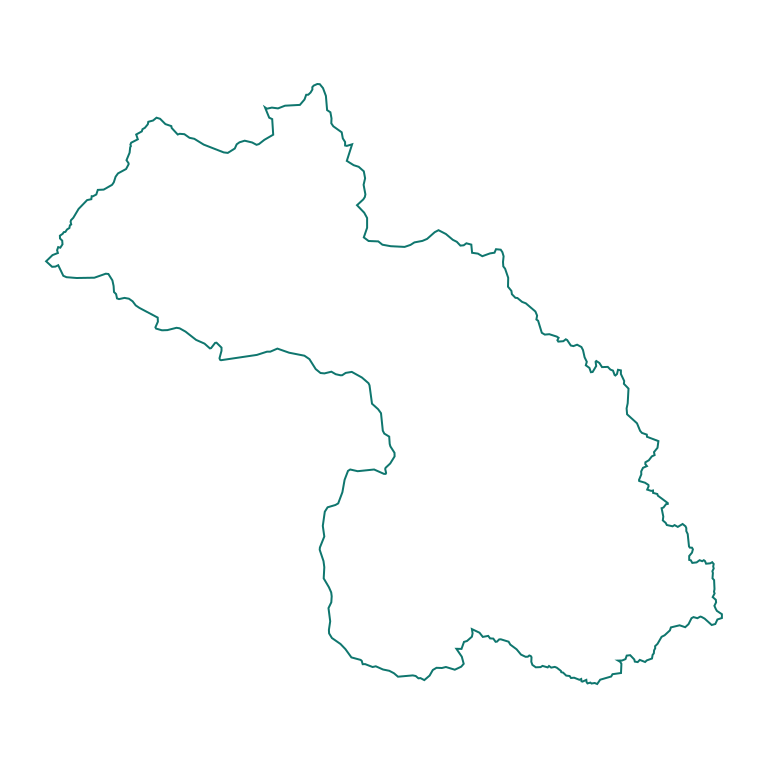 outline of Thuong Xuan, Thanh Hóa, Vietnam
{"feature_id": "81297802B72882386082996", "entity_name": "Thuong Xuan", "entity_type": "district", "adm_level": 2, "iso_a3": "VNM", "parent_name": "Vietnam", "parent_adm1": "Thanh Hóa", "projection": "natural_earth1", "projection_center": [105.249, 19.914], "detail": "fine", "context": "isolated", "style": "outline", "palette": "teal", "viewbox_px": 768, "rotation_deg": 0, "n_neighbors": 0, "source": "geoboundaries", "source_scale": "gbopen_adm2", "svg_char_len": 6082}
<svg xmlns="http://www.w3.org/2000/svg" viewBox="0 0 768 768"><path d="M153.1,120.5L148.3,121.8L147.8,124.3L144.9,127.8L142.5,129.2L141.8,131.4L136.2,134.5L137.8,139.3L131.2,142.7L130.4,144.6L130.9,146.1L130.2,147.2L129.6,152.7L126.5,160.2L128.6,163.3L128.6,164.3L126.1,169.0L118.0,173.4L115.6,176.7L113.8,182.3L112.1,184.8L103.7,189.6L97.8,189.9L96.3,194.5L92.9,196.3L91.7,196.2L91.3,199.2L87.1,200.1L78.6,208.9L73.3,217.8L71.0,220.2L70.6,221.8L71.2,224.5L69.9,225.3L69.4,228.0L67.0,229.5L65.4,231.9L63.7,232.2L62.7,233.8L59.9,235.7L60.0,238.5L62.2,240.6L62.5,244.3L60.3,247.7L58.2,247.1L57.1,250.2L57.9,253.0L52.5,255.1L46.1,261.3L52.1,266.8L55.4,266.6L58.2,265.2L63.3,275.8L66.5,277.2L76.6,278.0L94.4,277.7L105.8,273.7L108.4,274.0L112.4,280.4L113.6,286.0L114.0,292.0L116.1,294.1L117.0,298.4L119.0,299.1L124.5,297.9L128.9,298.7L132.6,301.3L135.7,305.4L139.4,307.9L157.7,317.6L157.9,321.7L155.4,327.3L156.1,328.6L162.0,330.3L167.4,330.1L176.5,327.8L179.6,328.3L185.5,331.6L196.1,339.9L204.5,343.6L209.9,348.4L211.1,348.1L215.1,342.9L216.5,342.7L221.5,347.6L221.5,350.8L219.5,358.2L220.0,359.7L221.0,360.2L256.9,354.9L266.9,351.7L270.2,351.7L277.4,348.6L289.1,352.7L304.4,355.7L309.4,359.1L315.7,369.1L320.5,373.0L324.4,373.4L331.4,371.7L335.7,374.2L340.6,375.3L342.2,375.2L345.7,372.9L351.8,371.9L361.9,377.5L368.5,383.2L369.5,385.3L372.0,403.7L378.1,409.2L381.0,413.2L382.8,430.7L384.3,433.6L389.2,436.6L389.7,443.9L390.4,446.4L394.5,452.8L394.6,456.4L390.2,463.5L385.6,467.8L385.2,469.0L386.1,473.0L385.6,473.9L384.0,473.9L374.1,469.5L357.7,471.2L350.2,469.5L348.0,470.9L344.6,479.8L342.4,492.2L338.2,503.4L335.4,505.0L327.6,507.3L324.8,511.7L322.8,525.9L324.3,536.5L319.9,547.5L319.7,549.8L323.5,561.1L324.3,567.2L323.7,578.4L328.9,587.2L331.2,592.4L331.7,596.3L331.3,602.3L328.5,608.1L330.2,621.3L328.9,629.9L329.1,633.4L331.9,638.0L340.5,644.0L345.4,649.1L351.4,657.4L360.6,659.9L361.7,660.8L362.7,664.2L365.1,664.1L372.6,667.0L375.8,666.3L383.0,669.5L389.3,670.8L393.9,673.2L398.0,676.7L412.8,675.4L415.7,676.0L418.4,678.3L420.5,678.1L424.3,680.1L429.6,675.6L432.8,670.0L436.5,667.8L441.9,668.0L445.9,667.0L454.8,669.7L461.2,666.7L463.7,663.8L461.8,656.7L456.4,648.8L461.5,648.9L464.0,641.9L467.0,641.0L471.9,636.7L472.6,633.4L471.9,629.1L479.5,632.7L482.8,636.9L488.2,635.9L490.1,638.4L493.3,638.6L495.6,641.8L497.0,641.6L499.2,639.4L500.8,639.3L508.6,641.7L510.3,644.6L516.6,649.3L521.0,654.6L525.6,656.8L527.8,656.7L529.3,655.5L530.7,656.0L531.5,657.2L531.3,661.8L532.4,664.9L535.8,667.3L540.6,667.1L542.5,665.9L547.7,667.4L549.0,666.0L551.2,667.6L554.8,666.9L556.8,667.7L560.9,670.9L561.3,672.2L563.1,672.6L566.2,675.6L569.6,676.0L571.0,678.0L574.1,677.7L579.4,679.8L581.2,679.0L581.5,681.3L582.5,681.6L586.3,679.9L586.6,682.2L587.5,683.4L590.4,682.6L591.5,683.5L594.7,683.0L597.2,684.0L600.2,679.7L611.2,676.5L612.5,674.2L621.0,673.0L621.4,663.8L620.2,661.8L618.1,660.6L622.1,660.5L625.5,659.1L626.7,655.6L630.2,655.2L634.3,659.5L634.8,661.6L637.7,662.1L639.8,659.9L645.1,662.0L646.8,660.4L652.0,658.5L652.6,654.9L653.8,653.4L654.1,650.3L655.2,648.3L655.1,646.2L657.5,643.9L661.6,636.8L664.6,635.3L669.9,630.4L670.9,627.4L679.6,625.3L685.2,627.2L688.5,624.2L691.5,618.2L693.5,617.1L697.4,618.2L700.3,616.6L701.5,616.9L704.6,618.6L711.7,625.0L715.3,624.0L717.4,619.5L721.9,618.0L721.9,614.2L716.9,610.9L715.7,608.8L714.4,605.8L716.1,602.3L715.8,599.8L712.7,597.1L714.6,593.4L714.0,591.8L714.5,589.1L714.1,580.1L712.5,578.3L712.9,573.0L712.4,571.2L713.7,568.5L713.2,566.4L713.7,564.0L712.2,562.2L710.3,563.3L706.1,563.7L705.0,561.1L703.8,560.2L702.2,561.2L699.6,560.2L696.6,562.4L692.3,562.9L690.8,560.3L689.2,559.9L689.2,556.0L692.0,552.6L692.9,549.3L692.0,547.7L689.8,547.6L689.0,546.4L687.7,534.0L686.3,531.1L686.3,528.1L685.5,526.3L682.6,524.0L677.8,526.9L674.6,525.1L672.6,526.3L666.8,525.0L665.7,522.9L662.8,520.4L663.3,516.6L661.6,508.2L663.5,507.5L666.0,504.2L667.8,503.9L667.8,503.1L657.9,495.7L657.3,494.0L653.1,492.9L653.0,490.5L651.2,490.9L647.2,489.6L648.6,486.3L648.4,484.9L645.0,482.7L639.2,481.0L639.0,480.0L641.3,474.4L641.2,471.4L643.0,467.8L646.9,466.1L645.3,464.1L645.4,462.3L648.8,460.3L651.8,456.4L654.6,455.1L654.0,452.1L657.5,447.8L658.4,441.1L647.0,436.8L646.8,434.6L641.9,432.9L640.1,430.8L637.0,423.3L627.1,414.3L626.6,408.4L627.7,403.3L628.5,388.6L623.9,383.8L624.2,381.0L620.9,374.0L620.9,370.4L618.0,369.8L617.0,374.0L615.4,375.5L614.6,375.0L613.0,370.6L610.4,369.6L607.8,366.9L602.0,367.1L599.4,363.0L596.3,361.0L595.6,361.8L596.2,366.0L592.6,372.0L590.9,372.2L589.4,367.9L585.8,365.3L586.8,361.8L584.6,357.3L583.0,350.1L581.4,347.0L577.1,344.7L573.4,346.1L570.8,345.5L567.2,340.1L565.8,339.3L563.3,341.2L558.3,341.6L557.4,340.2L558.6,337.8L556.8,336.6L549.3,334.2L544.8,334.6L541.8,332.8L538.1,320.7L536.4,319.5L537.1,315.6L535.4,311.5L525.8,303.3L522.1,301.9L517.4,298.0L515.4,297.8L511.9,294.2L511.4,290.9L508.0,286.7L508.2,277.8L505.1,268.7L503.3,266.4L503.0,262.0L503.6,256.3L502.4,252.2L500.7,249.7L496.0,249.2L494.5,252.7L490.0,253.4L482.3,256.2L477.9,253.6L472.1,252.8L471.3,244.6L466.4,243.3L463.7,245.3L460.4,245.6L456.8,241.8L452.8,239.8L445.9,234.0L438.5,230.2L434.7,232.2L427.1,238.9L422.4,240.9L414.4,242.4L410.5,244.9L404.6,246.9L390.7,246.2L382.4,244.7L378.3,241.4L368.6,241.0L363.8,237.4L367.1,227.8L367.1,218.0L364.2,212.7L357.0,205.2L363.3,199.4L364.8,197.1L365.4,194.4L363.6,184.8L365.1,178.3L363.8,171.3L358.7,166.8L353.7,165.2L346.8,160.9L352.1,144.3L346.8,145.9L345.1,145.5L345.1,142.0L342.8,138.4L341.7,132.3L333.3,126.3L331.3,123.3L331.5,118.4L330.4,112.3L327.1,110.1L325.9,95.9L323.0,88.1L319.8,84.2L317.3,84.0L313.7,85.6L312.3,87.2L312.4,89.5L310.6,92.5L308.3,94.7L306.2,94.8L304.5,99.5L299.9,104.9L285.0,105.7L278.0,108.4L271.9,107.6L266.9,108.7L265.0,107.4L269.2,117.7L272.2,119.1L273.2,134.7L264.4,139.8L258.9,144.1L256.5,144.8L252.2,142.5L244.7,140.7L239.5,142.3L236.7,144.3L234.8,148.5L227.8,152.9L223.7,152.4L203.7,144.6L194.3,138.8L189.5,137.8L184.4,134.2L179.7,133.8L177.7,134.5L171.7,128.0L171.3,126.1L165.4,124.1L160.1,118.8L156.5,117.7L153.1,120.5Z" fill="none" stroke="#0f766e" stroke-width="2"/></svg>